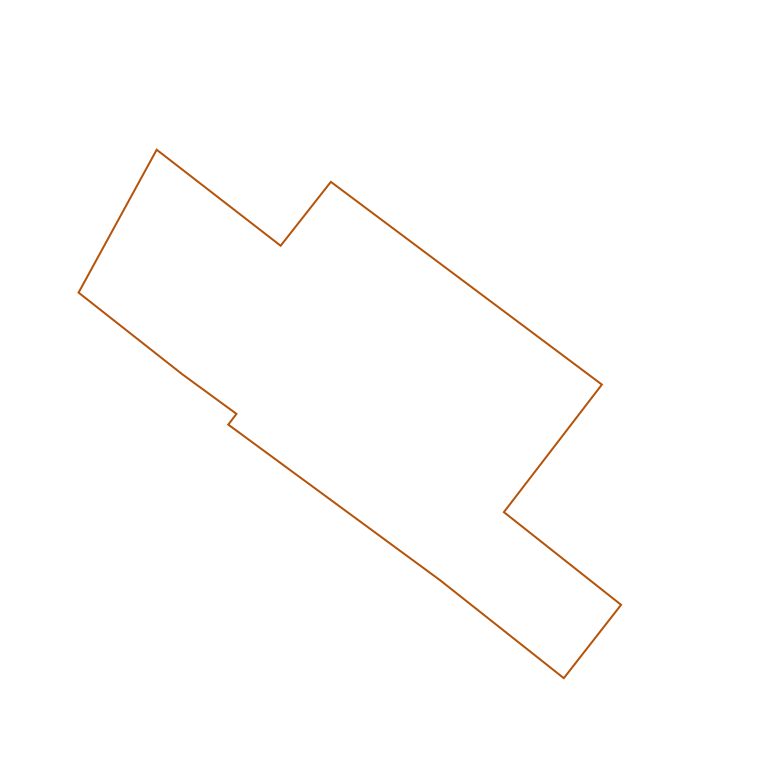 Audrain, Missouri, United States of America (Mercator projection), rotated 216°
{"feature_id": "52423323B81117065692480", "entity_name": "Audrain", "entity_type": "district", "adm_level": 2, "iso_a3": "USA", "parent_name": "United States of America", "parent_adm1": "Missouri", "projection": "mercator", "projection_center": [-91.909, 39.203], "detail": "fine", "context": "isolated", "style": "outline", "palette": "amber", "viewbox_px": 768, "rotation_deg": 216, "n_neighbors": 0, "source": "geoboundaries", "source_scale": "gbopen_adm2", "svg_char_len": 330}
<svg xmlns="http://www.w3.org/2000/svg" viewBox="0 0 768 768"><g transform="rotate(216 384 384)"><path d="M65.6,251.7L65.2,264.4L62.4,344.7L211.7,350.8L207.4,511.6L545.8,516.3L548.9,435.1L705.6,439.9L684.8,278.4L553.0,273.3L485.8,273.1L486.1,259.6L223.1,258.2L65.6,251.7Z" fill="none" stroke="#b45309" stroke-width="2"/></g></svg>